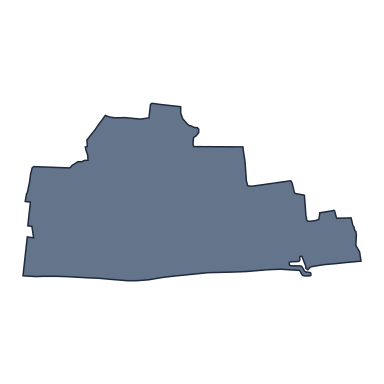 the district of San José, Escuintla, Guatemala
{"feature_id": "79465075B23443659204690", "entity_name": "San José", "entity_type": "district", "adm_level": 2, "iso_a3": "GTM", "parent_name": "Guatemala", "parent_adm1": "Escuintla", "projection": "mercator", "projection_center": [-90.841, 13.971], "detail": "fine", "context": "isolated", "style": "filled", "palette": "slate", "viewbox_px": 384, "rotation_deg": 0, "n_neighbors": 0, "source": "geoboundaries", "source_scale": "gbopen_adm2", "svg_char_len": 2399}
<svg xmlns="http://www.w3.org/2000/svg" viewBox="0 0 384 384"><path d="M351.1,217.9L336.7,218.2L336.3,217.2L334.5,210.7L333.5,210.3L332.7,210.7L319.7,212.8L319.7,213.8L319.0,219.1L315.8,220.5L309.9,221.3L308.0,221.2L306.8,220.2L305.9,215.1L304.4,195.3L303.6,195.0L296.1,193.7L294.5,193.0L294.2,191.9L292.2,183.4L291.2,181.2L290.4,180.8L251.4,186.3L247.5,185.6L247.4,184.8L247.2,183.8L246.4,180.9L245.0,161.6L243.3,150.3L243.1,148.4L242.9,146.9L193.6,146.6L193.0,143.4L193.6,137.5L196.1,135.9L198.7,132.6L198.7,129.1L197.3,127.7L194.1,127.4L190.8,125.8L189.4,125.6L187.5,124.2L182.8,118.9L180.7,113.1L180.7,106.7L160.0,104.4L151.9,103.3L150.5,104.4L148.9,117.9L140.4,119.1L125.1,117.6L114.9,117.8L109.5,117.0L105.3,115.4L102.1,119.9L98.8,124.2L95.1,129.7L91.7,133.9L86.9,140.0L87.3,146.6L85.3,147.0L86.1,150.4L87.7,155.1L88.0,160.3L84.4,160.4L81.8,161.7L77.9,161.7L71.8,165.6L70.3,167.5L68.8,167.9L33.6,166.6L32.2,167.9L30.6,174.0L29.6,181.8L27.3,192.6L26.5,193.9L25.2,201.5L30.4,202.1L27.8,225.8L31.9,226.4L33.6,237.8L28.0,237.0L27.3,236.9L27.0,239.5L23.0,275.8L35.9,276.6L43.5,276.3L55.9,276.3L68.4,276.7L78.6,277.3L89.5,277.9L97.8,278.2L111.4,279.4L122.5,280.3L127.3,280.7L134.5,280.7L135.6,280.7L136.5,280.7L142.2,280.3L148.5,279.8L163.5,277.3L175.7,275.9L186.1,274.9L205.6,272.9L207.2,272.7L231.5,272.1L237.5,271.9L246.8,271.5L266.8,269.8L273.7,269.5L281.3,269.2L283.1,269.4L296.3,270.2L297.9,270.2L299.1,270.2L300.0,270.9L300.4,271.7L300.8,272.4L301.2,273.5L302.3,275.0L302.8,275.5L303.7,275.8L305.1,275.9L307.6,275.9L309.1,275.9L310.7,275.6L311.0,274.7L310.8,273.6L310.5,272.7L309.7,272.4L308.8,272.3L307.7,272.2L306.2,272.0L305.5,271.8L304.8,271.4L304.3,270.9L303.9,270.0L302.4,267.4L301.5,266.2L300.6,265.9L292.4,265.8L291.3,265.8L290.5,265.6L289.5,265.1L289.2,263.9L289.3,262.6L289.9,262.0L290.8,261.8L291.9,261.7L292.7,261.7L294.9,261.7L296.6,261.6L297.5,261.5L298.4,261.4L299.1,261.1L299.8,260.2L299.9,259.5L299.8,258.1L299.8,257.0L300.1,256.4L301.2,256.2L301.8,256.5L302.3,257.2L303.6,260.7L304.8,263.7L305.4,265.2L305.8,266.6L305.6,267.9L306.0,268.5L306.7,268.9L307.6,269.8L308.5,269.2L308.9,268.6L309.4,268.0L310.3,267.2L311.0,266.9L313.3,266.4L323.5,264.7L328.9,264.2L337.1,263.5L346.2,262.5L353.2,261.9L359.3,261.3L361.0,261.2L359.6,251.9L355.8,245.3L356.4,235.1L355.9,231.6L354.8,230.5L353.9,226.8L352.9,225.6L351.1,217.9Z" fill="#64748b" stroke="#1e293b" stroke-width="1.5"/></svg>